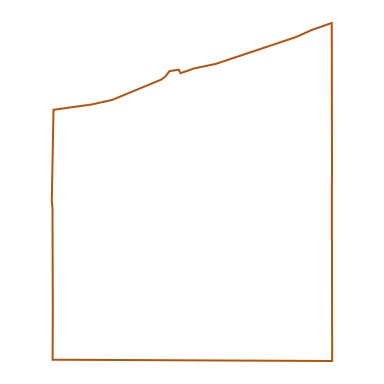 outline of Ashtabula, Ohio, United States of America
{"feature_id": "52423323B34743732368607", "entity_name": "Ashtabula", "entity_type": "district", "adm_level": 2, "iso_a3": "USA", "parent_name": "United States of America", "parent_adm1": "Ohio", "projection": "robinson", "projection_center": [-80.712, 41.739], "detail": "fine", "context": "isolated", "style": "outline", "palette": "amber", "viewbox_px": 384, "rotation_deg": 0, "n_neighbors": 0, "source": "geoboundaries", "source_scale": "gbopen_adm2", "svg_char_len": 512}
<svg xmlns="http://www.w3.org/2000/svg" viewBox="0 0 384 384"><path d="M52.6,359.7L332.1,361.0L332.2,340.6L332.1,333.1L332.0,258.8L332.0,240.8L331.9,239.8L331.9,218.4L331.9,191.6L331.9,182.3L332.0,173.3L331.9,113.6L331.8,57.3L331.8,46.8L331.7,24.0L331.7,23.0L311.9,29.9L295.8,37.1L215.7,63.9L194.3,68.4L180.4,73.2L178.9,69.7L169.6,71.1L165.0,76.8L161.4,79.5L112.2,99.9L91.5,104.5L69.9,107.5L59.4,109.0L53.5,109.8L51.8,200.7L52.5,208.7L52.8,310.4L52.6,359.7Z" fill="none" stroke="#b45309" stroke-width="2"/></svg>